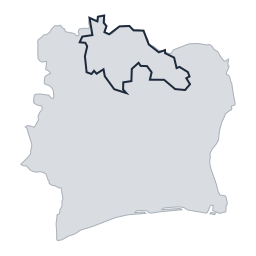 Savanes on a map of Ivory Coast (Albers equal-area conic projection)
{"feature_id": "CIV-3431", "entity_name": "Savanes", "entity_type": "Department", "adm_level": 1, "iso_a3": "CIV", "parent_name": "Ivory Coast", "parent_adm1": "", "projection": "albers", "projection_center": [-5.464, 9.628], "detail": "coarse", "context": "in_parent", "style": "outline", "palette": "slate", "viewbox_px": 256, "rotation_deg": 0, "n_neighbors": 0, "source": "natural_earth", "source_scale": "10m", "svg_char_len": 3964}
<svg xmlns="http://www.w3.org/2000/svg" viewBox="0 0 256 256"><path d="M43.4,35.0L44.4,34.9L47.1,34.2L49.5,32.4L51.8,28.6L54.9,25.7L58.4,25.9L59.4,25.3L60.6,25.3L62.0,27.2L63.5,28.8L64.5,28.8L65.3,31.7L71.6,32.9L74.3,33.7L76.5,35.8L77.3,35.8L78.3,35.4L79.0,34.7L79.2,33.9L78.2,32.0L78.6,30.3L79.7,28.8L81.3,28.7L83.7,28.3L86.5,28.3L88.6,28.6L89.5,27.1L88.7,22.8L88.9,20.5L89.3,18.5L90.0,17.7L93.1,20.2L96.0,21.1L98.0,21.2L98.6,20.7L97.7,18.0L98.0,17.2L98.7,16.7L100.1,16.5L103.7,15.4L104.1,15.6L104.8,19.8L104.4,21.2L105.2,24.1L106.1,26.8L106.1,27.9L105.3,29.6L104.4,31.1L104.5,31.7L105.9,32.8L108.7,33.9L111.6,34.1L113.2,32.6L114.8,31.3L116.0,30.1L116.4,28.5L118.2,27.2L123.4,25.7L128.2,25.5L129.4,25.9L131.6,28.3L134.3,29.9L138.5,29.7L141.5,30.7L144.1,32.5L145.9,36.5L147.8,39.4L148.7,43.5L151.7,45.7L154.1,46.6L157.4,49.6L160.7,51.1L164.2,50.8L165.8,52.4L168.4,53.4L171.0,53.5L173.2,50.1L176.2,48.7L183.8,45.9L186.8,44.6L189.8,43.8L197.1,43.5L203.9,44.4L207.3,45.0L209.6,44.5L211.8,46.1L214.1,49.5L216.0,50.6L217.9,51.8L219.3,54.5L221.0,57.2L221.9,58.4L223.9,61.0L225.7,61.0L227.4,59.9L228.2,59.0L228.5,60.8L227.8,63.6L228.0,65.4L229.0,66.1L228.5,68.3L226.5,72.2L226.5,74.5L228.5,75.2L229.9,77.6L230.8,81.7L231.7,83.1L231.8,84.0L233.3,94.0L235.2,104.0L234.1,105.4L232.5,105.8L231.5,106.2L231.2,107.2L231.9,108.5L231.5,109.8L229.5,110.7L225.3,113.9L225.0,115.2L223.9,117.9L223.0,119.6L221.6,122.7L219.5,130.9L218.7,137.6L218.6,139.7L217.8,141.2L216.8,143.3L212.2,149.1L209.9,153.8L210.2,155.9L210.3,158.0L209.7,159.4L209.8,163.4L210.4,166.8L211.3,170.1L214.7,179.3L216.5,184.9L217.6,189.5L218.5,192.5L219.5,193.8L219.8,194.9L224.8,195.7L225.8,196.4L227.2,202.3L227.0,205.0L226.0,206.0L226.1,208.3L225.9,211.1L225.2,212.2L222.4,212.4L220.5,213.4L218.0,213.0L217.7,212.3L216.4,212.1L212.7,210.5L213.2,205.4L211.5,205.2L210.2,205.9L207.6,212.1L206.3,213.1L187.8,210.0L183.8,207.5L179.0,206.9L170.6,207.3L163.7,208.0L161.7,209.6L179.2,208.6L181.0,208.8L181.9,209.7L159.8,211.8L151.4,213.1L148.9,212.7L147.0,210.8L137.9,210.5L136.0,211.2L134.9,212.6L138.5,212.3L144.2,212.2L145.7,213.3L127.9,214.8L115.5,217.6L110.3,219.6L93.0,226.3L82.5,229.5L79.8,230.6L75.0,233.9L68.8,236.0L61.9,239.8L57.7,240.6L56.7,239.4L56.7,232.8L56.1,224.0L56.4,220.7L56.9,217.5L57.0,214.9L59.1,213.9L59.6,212.8L60.0,209.4L61.9,206.3L62.0,200.9L62.6,199.8L63.0,198.3L62.2,194.8L61.2,188.0L60.7,187.6L60.2,187.9L59.1,188.0L54.8,185.7L51.5,185.2L49.1,183.2L49.0,181.0L47.9,179.7L47.1,177.0L45.9,174.0L42.7,172.2L39.6,171.7L37.4,172.1L34.8,172.0L31.9,170.9L29.9,169.8L28.0,167.6L26.2,165.8L24.8,166.0L23.1,165.6L21.4,164.8L20.8,164.2L28.0,157.3L30.5,153.9L30.7,151.8L30.8,149.7L31.6,147.5L31.8,144.2L28.0,132.3L27.0,128.5L25.9,127.4L25.3,127.0L27.3,125.5L30.0,125.9L34.2,127.2L35.1,126.0L38.4,120.0L38.3,117.7L38.0,116.2L39.9,112.1L41.4,110.5L42.2,108.8L41.9,106.4L40.8,105.5L39.3,105.7L37.6,105.1L34.9,103.7L33.6,102.5L34.0,97.0L34.3,95.3L35.3,94.4L36.7,94.1L40.9,94.0L44.2,94.6L47.2,95.0L48.8,95.0L50.0,96.7L51.7,98.3L53.2,98.3L53.8,97.1L53.5,91.7L52.5,88.8L50.2,86.1L44.4,83.7L44.3,80.4L44.9,76.9L46.2,75.6L50.5,73.3L49.8,72.1L48.4,70.8L45.7,69.5L46.3,65.2L46.5,61.4L44.2,61.8L41.8,62.0L39.8,60.9L38.1,58.5L37.8,52.2L37.9,44.9L37.6,41.6L38.2,39.9L40.3,38.3L42.6,36.3L43.4,35.0ZM215.6,213.1L214.6,214.6L209.9,213.7L211.0,212.5L215.6,213.1Z" fill="#d9dde1" stroke="#a8b0b8" stroke-width="1"/><path d="M129.4,26.0L133.6,30.4L143.5,30.6L148.8,44.5L158.8,52.3L165.0,50.1L165.1,53.2L174.1,57.6L176.6,68.1L179.5,66.9L187.9,72.1L189.5,76.5L186.3,78.2L190.0,84.2L185.1,90.0L175.1,89.1L164.1,79.8L149.9,79.7L151.6,72.3L147.0,66.1L140.6,65.9L138.6,62.8L131.8,68.9L131.4,81.1L123.3,82.3L123.1,89.5L126.3,93.1L114.2,89.2L104.8,76.3L103.5,69.3L96.6,73.7L94.0,70.8L91.5,74.0L86.6,72.2L84.9,56.3L87.2,46.3L85.3,42.8L79.7,42.3L82.3,36.6L92.4,35.1L89.5,17.8L97.3,21.4L97.9,16.7L104.2,15.5L103.7,22.8L106.5,26.1L104.4,32.1L109.1,34.3L119.5,26.4L129.4,26.0Z" fill="none" stroke="#1e293b" stroke-width="2"/></svg>